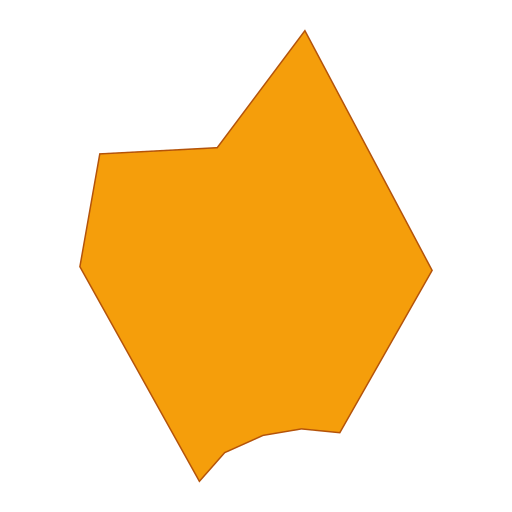 map outline of Ormoc (Equal Earth projection)
{"feature_id": "PHL-5534", "entity_name": "Ormoc", "entity_type": "Independent Component City", "adm_level": 1, "iso_a3": "PHL", "parent_name": "Philippines", "parent_adm1": "", "projection": "equal_earth", "projection_center": [124.578, 11.07], "detail": "fine", "context": "isolated", "style": "filled", "palette": "amber", "viewbox_px": 512, "rotation_deg": 0, "n_neighbors": 0, "source": "natural_earth", "source_scale": "10m", "svg_char_len": 261}
<svg xmlns="http://www.w3.org/2000/svg" viewBox="0 0 512 512"><path d="M339.8,432.7L301.4,428.9L263.0,435.4L224.7,452.6L199.4,481.3L79.9,266.7L99.8,153.9L217.2,147.7L304.9,30.7L432.1,270.4L339.8,432.7Z" fill="#f59e0b" stroke="#b45309" stroke-width="1.5"/></svg>